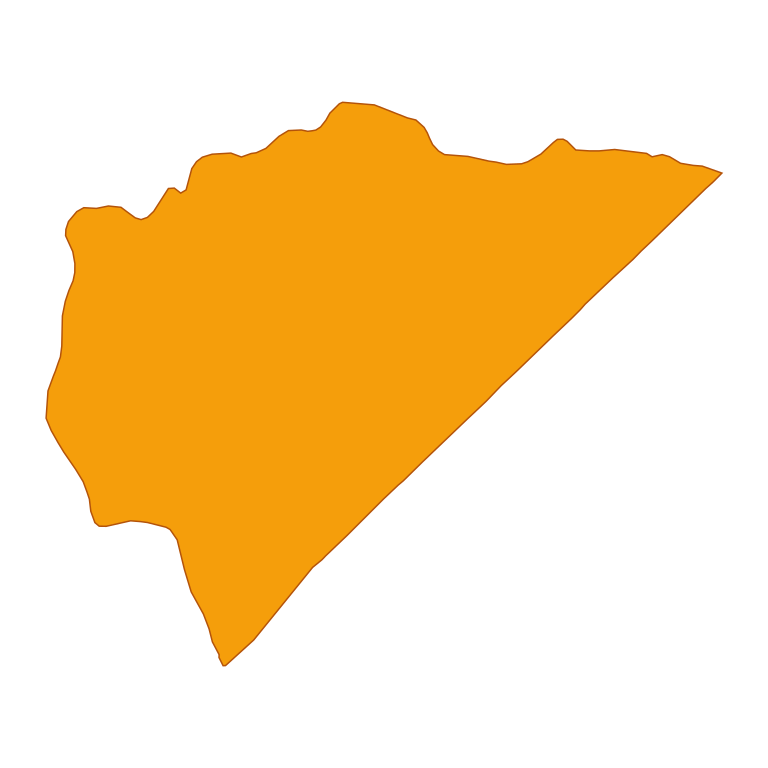 San Jerónimo, Baja Verapaz, Guatemala (Equal Earth projection)
{"feature_id": "79465075B29506691541664", "entity_name": "San Jerónimo", "entity_type": "district", "adm_level": 2, "iso_a3": "GTM", "parent_name": "Guatemala", "parent_adm1": "Baja Verapaz", "projection": "equal_earth", "projection_center": [-90.197, 15.052], "detail": "fine", "context": "isolated", "style": "filled", "palette": "amber", "viewbox_px": 768, "rotation_deg": 0, "n_neighbors": 0, "source": "geoboundaries", "source_scale": "gbopen_adm2", "svg_char_len": 1769}
<svg xmlns="http://www.w3.org/2000/svg" viewBox="0 0 768 768"><path d="M709.2,185.5L713.4,181.7L721.9,173.1L702.2,166.1L693.2,165.4L680.6,163.3L669.5,156.7L662.2,154.6L652.1,156.8L646.6,153.4L614.7,149.5L599.0,150.9L589.5,150.9L575.8,150.0L567.1,141.3L563.1,139.2L557.4,139.4L553.4,142.5L540.9,154.1L527.9,161.7L521.6,163.8L506.4,164.4L496.1,162.1L488.8,161.1L467.9,156.4L444.5,154.6L438.5,151.0L432.6,144.6L429.5,138.2L427.3,132.9L424.1,127.4L415.9,120.0L407.4,117.9L374.3,104.9L342.6,102.3L339.3,103.8L329.9,113.1L326.0,120.1L320.6,127.0L315.8,130.1L311.9,130.8L307.8,131.3L301.3,130.0L288.4,130.6L279.0,136.3L265.9,148.4L256.2,152.8L251.2,153.5L241.4,157.0L230.9,153.1L212.1,154.2L202.3,157.2L196.5,161.7L191.8,168.6L186.1,189.9L180.7,193.1L174.3,188.1L168.4,188.5L153.7,211.4L147.4,217.4L141.1,219.6L135.3,217.9L130.5,214.4L127.1,211.9L121.0,207.3L108.4,206.0L96.5,208.4L83.8,207.7L76.8,211.6L68.5,221.5L65.9,229.4L65.6,235.7L72.8,251.6L74.9,263.6L74.8,272.6L73.1,280.8L68.9,290.6L65.3,301.3L62.4,315.9L61.8,346.1L60.4,357.0L58.3,362.7L55.5,370.9L53.4,376.1L50.8,383.2L48.0,390.9L46.1,418.2L51.2,430.5L58.1,442.7L63.8,452.1L75.7,469.4L83.2,481.7L87.0,492.0L89.4,499.2L90.8,511.3L94.9,522.6L99.2,526.2L106.2,526.3L130.6,520.8L140.5,521.6L147.4,522.5L166.0,527.2L170.1,529.5L177.2,539.8L184.5,569.7L187.6,580.0L191.2,591.9L203.4,614.0L209.1,628.9L212.4,641.9L219.1,654.6L219.0,657.5L223.1,665.7L225.5,665.6L253.7,640.0L312.6,567.4L322.0,559.7L325.6,555.9L347.0,535.5L383.4,499.1L398.3,485.0L403.2,480.9L422.5,461.9L467.1,419.2L482.0,405.2L486.4,401.0L501.3,385.5L509.6,377.8L517.8,370.1L552.5,336.5L572.4,317.6L580.1,309.9L585.1,304.2L613.1,277.6L633.0,259.4L641.2,251.0L652.3,240.5L706.0,188.3L709.2,185.5Z" fill="#f59e0b" stroke="#b45309" stroke-width="1.5"/></svg>